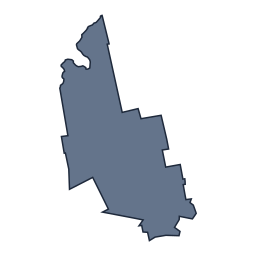 the district of Franklin, Maine, United States of America
{"feature_id": "52423323B32443521891839", "entity_name": "Franklin", "entity_type": "district", "adm_level": 2, "iso_a3": "USA", "parent_name": "United States of America", "parent_adm1": "Maine", "projection": "robinson", "projection_center": [-70.559, 45.063], "detail": "fine", "context": "isolated", "style": "filled", "palette": "slate", "viewbox_px": 256, "rotation_deg": 0, "n_neighbors": 0, "source": "geoboundaries", "source_scale": "gbopen_adm2", "svg_char_len": 1658}
<svg xmlns="http://www.w3.org/2000/svg" viewBox="0 0 256 256"><path d="M102.1,15.4L101.2,15.6L100.4,16.3L100.4,16.5L100.7,16.7L100.3,17.7L96.3,22.3L96.2,22.4L94.8,22.9L94.1,23.0L92.4,24.9L89.7,26.0L88.3,26.6L87.4,28.1L87.6,28.3L86.1,30.4L83.2,33.4L82.2,34.3L81.8,34.6L81.9,37.4L79.9,40.6L79.6,41.0L77.5,43.0L76.8,43.7L76.6,44.1L76.5,44.5L76.5,45.0L77.5,48.7L78.8,50.0L79.3,50.2L81.2,51.8L82.8,54.2L83.8,55.3L85.6,56.4L87.5,57.1L89.7,59.8L90.3,61.9L89.8,68.0L88.1,68.9L87.3,69.2L86.0,69.1L85.9,69.0L85.8,67.6L83.3,66.0L82.5,65.9L82.3,65.9L81.9,66.2L81.1,66.4L78.2,66.7L76.6,65.9L75.5,65.1L73.4,62.8L73.3,61.8L73.4,61.1L71.9,59.8L71.7,59.7L67.8,59.2L65.8,59.8L65.3,60.0L65.2,60.5L64.7,61.6L63.1,62.9L61.2,64.9L61.1,65.3L61.2,66.2L61.4,66.6L61.7,66.7L63.1,68.1L63.8,69.0L64.1,69.3L64.6,71.2L64.6,71.5L64.4,71.6L63.9,71.8L63.7,71.9L62.8,73.0L62.1,75.8L62.0,76.1L62.1,77.0L62.3,77.5L62.5,77.8L63.0,78.3L63.4,78.4L63.7,78.7L63.9,79.3L63.7,81.4L63.1,83.1L62.5,83.9L62.4,83.9L60.5,85.3L60.5,85.9L60.2,87.3L59.8,88.1L67.9,135.7L61.4,136.5L64.2,153.2L65.4,153.0L68.8,169.2L69.5,189.3L92.7,177.4L100.4,192.9L108.4,209.1L102.5,212.1L133.0,217.9L143.1,219.9L139.0,225.8L141.7,225.4L143.0,232.0L147.6,232.3L149.4,240.6L155.1,237.1L165.9,235.3L179.0,235.7L180.0,231.4L174.5,227.4L179.2,219.6L179.3,216.3L192.4,218.9L193.4,217.5L196.2,213.4L195.8,212.1L193.3,205.1L190.0,202.6L191.3,198.9L185.9,199.6L184.8,193.7L183.2,184.6L185.2,184.3L185.1,181.5L184.8,178.8L182.9,179.1L180.2,164.5L165.7,167.1L162.3,150.0L168.6,149.0L166.7,139.1L161.1,115.3L141.0,118.7L138.1,108.6L122.2,112.4L107.2,44.2L109.1,43.9L102.1,15.4Z" fill="#64748b" stroke="#1e293b" stroke-width="1.5"/></svg>